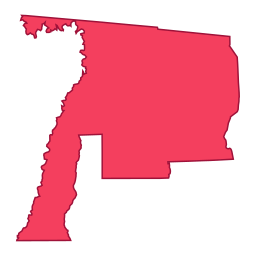 the district of Alto Paraíso, Rondônia, Brazil
{"feature_id": "56859067B16955929440840", "entity_name": "Alto Paraíso", "entity_type": "district", "adm_level": 2, "iso_a3": "BRA", "parent_name": "Brazil", "parent_adm1": "Rondônia", "projection": "natural_earth1", "projection_center": [-63.561, -9.698], "detail": "fine", "context": "isolated", "style": "filled", "palette": "rose", "viewbox_px": 256, "rotation_deg": 0, "n_neighbors": 0, "source": "geoboundaries", "source_scale": "gbopen_adm2", "svg_char_len": 4533}
<svg xmlns="http://www.w3.org/2000/svg" viewBox="0 0 256 256"><path d="M229.8,148.3L228.3,148.8L227.1,148.5L226.2,147.8L225.9,146.7L226.4,144.4L226.0,141.1L225.7,140.0L224.6,138.6L223.7,136.7L225.1,133.1L225.7,131.9L227.1,130.0L228.4,123.0L229.7,119.8L230.4,118.0L230.5,116.8L236.5,112.3L237.3,111.6L238.1,109.5L238.4,104.9L238.9,101.5L239.0,98.1L239.2,96.9L239.1,92.7L238.9,89.6L238.4,82.5L237.9,69.6L237.6,63.4L237.2,57.1L235.2,54.2L230.2,46.9L229.4,46.0L229.9,44.5L229.8,36.5L222.0,35.7L157.9,29.2L157.4,27.3L131.7,25.0L108.0,22.8L102.8,22.3L26.1,15.6L21.7,15.4L22.5,16.6L21.5,17.7L20.7,20.3L22.7,19.7L23.8,21.0L26.2,22.2L26.8,23.2L25.0,23.4L24.3,24.1L23.4,25.6L24.5,26.4L25.5,28.1L26.3,28.9L25.9,31.4L26.2,33.4L27.3,34.6L28.5,34.3L30.4,32.9L31.4,33.9L33.4,34.6L34.1,35.8L34.6,37.9L35.8,37.9L36.4,36.8L35.6,33.1L36.0,31.8L36.8,30.6L37.5,29.4L39.3,29.8L40.6,30.6L41.7,29.1L41.8,27.0L42.2,25.9L42.1,24.2L43.8,23.6L45.1,22.3L44.6,24.9L46.1,25.8L47.1,26.6L48.7,27.9L47.7,28.4L46.9,29.2L46.1,31.1L46.7,32.4L49.1,32.4L50.9,31.7L50.8,30.1L52.2,30.8L54.0,29.9L55.0,28.7L56.8,30.1L57.0,28.8L56.1,24.9L57.1,25.5L57.8,26.9L59.0,29.0L60.0,30.1L61.2,30.7L62.2,30.4L63.3,30.7L63.4,29.5L62.3,28.3L62.0,27.0L62.4,25.9L63.6,24.9L65.8,23.8L66.4,24.8L67.6,25.8L69.1,25.8L70.0,25.3L70.9,26.1L70.8,24.1L71.3,22.4L73.4,21.0L75.5,21.2L75.7,24.2L76.3,25.1L77.6,26.0L77.8,27.3L76.9,30.2L75.5,31.4L76.1,33.4L77.2,31.7L78.6,30.8L81.3,29.0L83.0,29.5L84.3,31.1L84.2,32.9L82.9,33.2L81.7,33.5L80.7,33.8L80.9,35.0L82.4,35.5L82.2,37.5L84.4,41.5L83.5,42.8L82.9,44.3L84.4,44.5L84.6,48.1L84.3,50.2L83.4,50.6L82.5,50.2L80.9,50.3L80.2,51.2L80.1,52.3L81.2,52.6L82.5,54.1L83.6,54.8L84.5,54.8L85.3,55.7L86.4,56.9L85.2,58.6L83.3,59.1L82.1,60.5L82.1,61.7L82.6,62.9L81.8,64.9L83.3,66.4L85.8,67.0L85.5,68.4L86.4,69.1L85.7,71.3L86.3,73.2L85.3,73.5L83.5,74.4L83.6,72.3L82.8,71.0L82.6,73.7L82.4,76.4L80.7,77.9L80.8,79.8L79.2,81.2L78.7,83.3L77.5,83.9L74.6,84.4L73.6,84.9L73.6,86.5L72.3,88.1L72.5,89.9L71.4,91.0L70.4,91.6L69.4,92.7L67.8,92.9L67.1,94.7L66.6,95.9L65.4,97.6L66.2,99.1L65.5,100.3L64.6,100.4L63.1,100.5L61.9,101.0L63.2,102.6L63.9,104.3L64.4,105.7L63.1,106.5L61.7,105.7L61.9,107.1L61.8,108.6L62.4,110.5L63.9,110.6L61.5,113.9L61.0,115.4L59.9,116.8L58.4,117.1L56.5,117.8L57.0,119.2L56.4,120.7L57.0,122.5L57.0,124.4L56.2,126.0L55.3,127.7L54.3,128.4L53.7,129.5L52.6,130.1L52.4,131.6L52.7,133.4L52.1,134.9L50.6,134.7L49.8,135.3L49.9,141.0L48.9,142.3L48.2,143.6L47.0,144.5L46.7,146.3L48.7,148.1L49.7,149.2L49.6,150.7L48.6,151.8L46.3,152.5L44.1,153.7L43.8,155.1L44.1,156.5L44.4,159.1L46.0,159.4L47.0,159.8L45.6,163.5L44.8,164.3L44.0,165.0L41.8,166.1L41.3,167.1L42.1,169.4L43.0,169.9L44.3,170.3L43.1,172.7L42.6,173.7L42.3,175.3L42.5,178.5L42.0,179.9L42.0,181.1L40.9,182.3L42.1,185.3L40.7,186.2L38.2,186.9L37.4,188.0L37.5,189.0L38.1,190.5L38.2,192.5L38.9,194.7L39.8,196.2L38.3,196.6L37.0,197.4L35.2,197.5L34.3,200.1L33.6,201.9L33.7,203.2L32.5,205.5L32.2,206.8L32.2,208.2L32.4,210.0L31.3,210.6L30.6,211.5L31.3,212.7L31.9,213.8L31.7,215.0L30.1,215.0L29.0,214.9L28.6,215.9L28.7,217.2L27.9,218.4L28.4,219.6L29.1,220.8L28.6,221.8L27.6,223.0L27.4,224.3L27.1,225.6L26.5,226.7L25.1,227.8L23.5,228.0L22.9,228.9L22.0,230.9L19.8,232.5L18.8,233.3L18.4,235.6L17.4,235.6L17.4,237.2L18.6,237.9L18.0,238.8L17.1,239.4L16.8,240.6L17.9,240.6L70.7,240.4L70.0,238.6L69.2,237.2L68.4,236.2L68.5,235.0L67.8,233.7L67.3,232.5L67.9,231.6L67.9,230.4L67.0,230.0L66.3,229.2L65.5,228.1L64.7,227.1L64.6,226.1L64.1,225.1L64.2,223.2L64.6,221.5L64.3,219.8L64.3,218.5L64.5,217.2L64.6,215.2L64.5,214.0L65.4,213.1L66.3,212.4L66.7,211.1L67.8,210.2L69.1,209.0L69.5,207.9L69.8,205.9L70.7,204.9L72.0,203.7L72.6,202.1L72.8,200.6L74.1,198.8L75.0,198.0L75.8,196.2L76.5,194.8L76.2,193.3L76.0,192.3L75.3,191.0L74.5,189.9L73.8,188.5L73.4,187.1L73.4,185.3L73.9,184.4L74.7,182.7L75.3,180.5L75.7,177.9L76.0,176.2L76.0,174.8L76.2,172.9L75.5,171.7L75.8,169.3L76.2,167.3L76.1,165.5L76.7,163.8L76.1,162.8L76.7,161.8L78.4,160.1L78.7,159.0L79.1,157.3L79.4,155.6L79.0,154.5L79.3,152.8L79.0,151.1L79.5,150.1L80.5,148.9L81.1,148.0L81.0,146.7L81.3,145.1L80.7,143.9L80.5,141.8L80.9,140.7L80.4,139.7L79.8,138.2L79.1,136.7L78.7,135.1L102.1,134.3L102.2,151.4L102.2,159.8L102.2,168.6L102.2,178.4L160.0,178.3L168.6,178.0L169.1,175.9L168.8,174.4L170.0,173.7L170.3,172.4L170.4,170.9L170.1,169.1L169.4,167.4L169.5,165.6L169.3,163.4L168.1,163.7L167.9,161.8L187.6,161.2L193.1,161.0L203.0,160.6L209.7,160.4L218.2,160.0L233.3,159.2L232.5,155.1L231.9,152.0L231.4,150.2L230.8,149.0L229.8,148.3Z" fill="#f43f5e" stroke="#9f1239" stroke-width="1.5"/></svg>